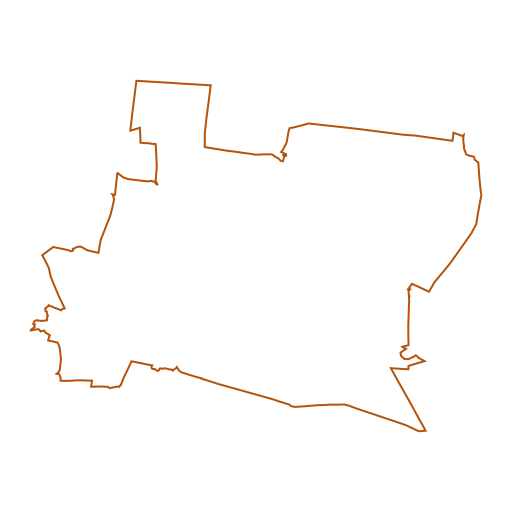 San Francisco del Rincón, Guanajuato, Mexico (Robinson projection), rotated 270°
{"feature_id": "50627088B79683891073354", "entity_name": "San Francisco del Rincón", "entity_type": "district", "adm_level": 2, "iso_a3": "MEX", "parent_name": "Mexico", "parent_adm1": "Guanajuato", "projection": "robinson", "projection_center": [-101.791, 20.925], "detail": "fine", "context": "isolated", "style": "outline", "palette": "amber", "viewbox_px": 512, "rotation_deg": 270, "n_neighbors": 0, "source": "geoboundaries", "source_scale": "gbopen_adm2", "svg_char_len": 5865}
<svg xmlns="http://www.w3.org/2000/svg" viewBox="0 0 512 512"><g transform="rotate(270 256 256)"><path d="M81.3,425.5L82.4,424.8L82.8,424.7L83.1,424.6L87.2,422.4L93.7,418.6L95.4,417.8L99.7,415.4L106.6,411.7L130.6,398.2L143.8,390.9L142.7,408.4L146.1,408.5L148.7,417.1L150.8,424.5L153.4,420.0L154.2,418.4L155.4,417.6L155.9,416.7L156.7,415.8L155.3,413.8L152.8,408.3L153.0,404.4L156.3,400.9L156.6,401.0L159.3,400.5L162.4,404.8L163.2,406.0L165.0,402.5L165.2,402.3L165.8,404.4L166.8,408.5L169.3,408.5L172.9,408.4L178.2,408.3L182.1,408.3L187.7,408.3L195.6,408.6L202.6,408.8L208.2,409.0L211.8,409.2L214.7,408.9L215.4,409.4L215.9,409.3L215.5,408.9L221.5,408.5L221.6,409.0L222.6,410.0L223.0,408.2L224.2,409.2L228.2,412.0L220.3,429.0L226.3,432.5L226.9,432.8L228.7,433.8L230.0,434.6L239.8,442.8L243.1,445.6L247.9,449.5L249.4,450.6L250.2,451.2L278.6,471.3L288.1,476.3L295.9,477.5L307.8,479.6L313.5,480.7L316.5,481.3L317.9,481.2L322.0,480.6L332.5,479.5L349.5,478.3L352.3,474.7L354.9,474.2L355.2,473.9L355.7,472.3L356.2,469.7L357.1,467.3L357.6,466.3L358.4,465.8L360.0,465.4L360.5,465.1L363.6,464.0L366.1,463.9L366.3,463.8L366.4,464.0L366.6,463.8L368.0,463.8L369.1,463.4L369.9,463.3L370.8,463.4L372.0,463.3L374.5,463.3L377.0,463.7L376.0,462.5L376.8,459.9L377.0,459.9L377.1,459.5L379.2,453.5L371.2,452.5L374.3,430.4L375.2,423.6L375.5,421.9L376.4,415.6L377.3,403.0L382.1,365.7L382.3,364.0L382.6,362.5L382.7,360.8L384.3,347.1L386.2,329.7L386.8,324.3L388.5,308.8L384.4,293.1L384.3,291.8L383.8,289.6L382.2,289.0L379.0,288.3L372.9,287.2L372.1,287.1L368.8,286.4L361.9,282.7L360.0,281.2L357.7,286.2L356.0,285.9L357.0,283.5L357.2,282.5L357.0,282.8L357.0,283.1L356.4,284.4L352.3,283.4L350.7,283.0L350.9,281.3L351.7,280.2L352.5,279.5L353.6,278.3L354.6,276.5L355.0,275.6L355.2,275.2L355.5,274.9L356.3,273.9L357.1,272.8L357.7,271.6L357.7,262.1L357.4,260.4L357.4,255.1L357.8,252.5L358.4,249.0L358.5,247.9L359.2,242.7L359.7,239.5L359.8,238.3L360.1,236.6L360.7,232.1L360.9,230.2L360.8,229.8L361.1,228.2L362.2,221.4L362.9,217.1L363.3,214.4L363.8,211.1L364.1,209.8L364.8,205.5L365.0,204.7L371.0,204.8L378.7,204.8L394.4,206.5L403.1,207.7L426.7,210.7L428.8,174.8L428.9,174.7L431.2,136.4L401.0,132.6L381.4,130.3L381.5,130.6L381.7,131.3L381.8,131.9L382.5,134.1L382.7,135.0L384.2,139.9L381.5,140.0L375.3,140.3L369.3,140.5L368.8,145.2L368.9,146.5L368.7,148.2L368.6,149.6L368.5,150.3L368.3,151.0L367.9,155.7L346.3,156.8L333.8,155.9L331.9,155.6L331.5,155.6L328.3,157.0L326.8,157.7L330.0,154.4L330.5,153.6L330.8,152.1L331.1,151.2L331.1,150.9L331.0,150.6L331.0,150.2L330.9,149.8L330.9,149.2L330.7,148.3L330.6,147.5L331.2,142.2L332.8,129.1L333.0,127.8L333.1,127.3L333.3,127.0L333.4,126.6L333.7,126.0L334.1,124.6L334.9,122.9L338.9,117.7L338.7,117.3L338.0,117.2L337.1,117.0L335.4,117.0L330.1,116.3L328.0,116.2L322.7,115.5L317.2,115.1L317.7,112.3L316.4,113.1L314.8,113.6L314.1,113.6L313.1,113.9L312.7,114.2L305.7,112.6L297.5,110.6L295.4,109.9L272.0,100.7L266.7,99.7L259.1,98.4L261.6,87.8L262.0,86.9L264.4,82.6L264.7,82.0L265.4,80.6L265.2,77.6L263.0,72.8L261.7,73.2L261.2,72.6L261.1,72.3L260.8,70.7L261.8,68.4L261.9,68.1L263.0,63.0L263.1,62.3L263.9,58.6L265.0,53.2L259.2,45.5L259.0,45.1L257.0,42.6L256.7,42.2L253.8,44.0L244.9,48.4L244.0,48.8L242.9,49.1L240.9,49.5L235.9,50.6L234.0,51.2L222.0,56.2L216.3,58.6L203.6,64.7L202.7,62.0L202.4,61.5L201.7,61.0L203.4,56.9L203.5,56.5L204.7,53.4L205.4,52.2L205.6,51.2L206.2,49.7L206.8,48.7L205.9,48.3L204.5,46.4L204.1,45.9L203.7,45.4L203.5,45.7L202.4,45.4L200.9,45.5L200.5,46.7L200.2,46.6L198.9,46.9L197.2,47.6L196.2,47.8L196.0,47.3L195.7,47.4L193.5,47.0L193.3,46.8L192.9,46.8L192.5,46.8L192.4,47.1L191.7,47.0L191.6,46.9L191.3,44.1L191.1,42.2L191.2,40.7L191.5,38.4L191.7,36.3L191.4,35.5L190.9,34.5L190.6,34.2L189.5,33.7L188.0,33.3L187.8,33.5L187.6,34.5L187.5,34.4L186.2,34.5L185.0,34.7L184.4,33.8L183.4,32.6L182.6,31.5L182.3,31.1L181.8,30.7L181.5,30.8L182.2,34.1L182.8,37.6L182.8,38.2L182.7,38.6L182.6,38.9L182.4,39.1L180.5,40.7L180.9,41.4L181.5,44.1L180.8,44.6L179.4,45.5L177.6,48.5L176.7,49.8L174.4,48.9L171.6,48.1L170.8,51.2L170.8,51.7L170.8,52.0L169.5,57.0L169.6,57.4L169.1,57.7L168.1,58.2L166.9,58.8L165.0,59.4L163.7,59.7L154.2,60.9L152.6,60.9L151.6,60.9L144.0,60.0L142.5,59.8L141.9,59.6L141.2,59.3L140.2,58.8L139.4,58.1L139.0,57.7L138.2,56.6L138.0,57.3L138.2,58.9L137.1,59.4L134.8,60.3L133.8,60.7L132.1,60.5L131.4,60.6L131.1,63.0L131.2,69.3L131.4,73.9L131.7,77.1L131.6,79.4L131.7,79.5L131.6,84.1L131.5,85.6L131.3,90.3L131.3,92.0L127.0,91.4L126.9,91.3L125.3,91.1L125.3,93.4L125.5,98.4L125.4,103.1L125.1,108.1L125.0,108.3L123.9,109.6L125.1,115.7L125.5,118.1L125.4,118.5L125.2,119.2L126.7,120.4L127.6,120.9L127.5,121.1L134.3,123.7L141.9,127.4L145.0,128.9L150.7,131.5L148.9,140.6L147.4,147.8L147.2,149.2L146.5,152.2L146.0,151.8L145.5,151.6L145.2,151.5L144.6,151.5L144.2,151.5L143.5,151.9L143.2,152.4L143.0,152.7L143.0,152.9L143.0,154.4L142.8,154.8L142.7,155.1L142.6,155.4L142.2,155.9L141.8,156.3L141.5,156.6L141.1,157.5L141.1,158.0L142.0,159.1L142.3,159.3L143.0,159.4L143.3,159.5L143.5,159.8L143.6,160.4L143.4,161.2L143.3,162.4L143.4,163.3L143.7,164.0L143.8,164.3L143.7,164.7L143.7,164.9L143.4,165.6L143.3,166.2L143.2,167.5L142.8,168.4L142.7,169.1L142.5,169.8L142.5,170.2L142.6,171.2L142.5,171.5L142.4,171.9L142.0,172.2L141.7,172.3L141.6,172.5L141.5,173.0L141.7,173.3L142.9,174.5L143.8,176.0L144.3,176.6L144.5,176.7L144.9,176.9L141.7,178.9L140.9,179.6L140.5,180.0L140.2,180.5L139.7,181.5L139.4,182.2L135.4,195.1L134.6,198.0L133.7,201.6L133.4,201.4L130.9,209.3L127.7,219.3L126.8,222.6L112.5,273.6L112.1,274.8L110.5,279.2L109.9,281.5L108.1,287.0L107.4,289.4L106.2,290.5L105.7,291.7L105.1,294.7L105.1,295.9L105.9,306.8L106.3,310.9L107.0,321.0L106.8,321.2L107.3,328.3L107.3,329.7L107.4,341.9L107.6,344.5L107.3,345.0L106.8,346.7L106.5,348.5L103.3,357.0L88.2,402.0L86.6,406.4L81.2,417.8L80.9,418.8L80.8,420.1L81.3,425.5Z" fill="none" stroke="#b45309" stroke-width="2"/></g></svg>